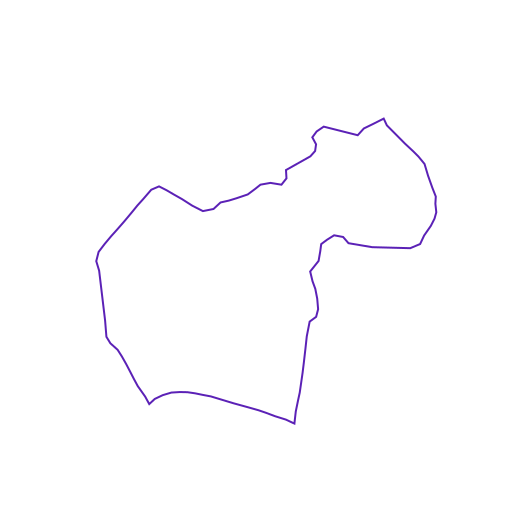 outline of Balneário Piçarras, Santa Catarina, Brazil, rotated 117°
{"feature_id": "56859067B52127181831063", "entity_name": "Balneário Piçarras", "entity_type": "district", "adm_level": 2, "iso_a3": "BRA", "parent_name": "Brazil", "parent_adm1": "Santa Catarina", "projection": "orthographic", "projection_center": [-48.738, -26.761], "detail": "fine", "context": "isolated", "style": "outline", "palette": "violet", "viewbox_px": 512, "rotation_deg": 117, "n_neighbors": 0, "source": "geoboundaries", "source_scale": "gbopen_adm2", "svg_char_len": 1405}
<svg xmlns="http://www.w3.org/2000/svg" viewBox="0 0 512 512"><g transform="rotate(117 256 256)"><path d="M115.1,129.9L106.3,139.2L97.5,147.6L93.6,156.5L91.3,163.6L88.2,174.4L84.2,186.5L80.2,198.7L75.6,204.6L84.9,211.4L93.4,217.8L102.2,220.2L110.0,254.4L117.5,258.5L124.7,259.7L129.2,253.2L135.6,251.0L142.5,252.8L165.8,268.3L173.0,264.1L180.9,265.7L184.3,276.3L190.4,284.4L196.6,287.2L204.9,291.3L213.5,299.7L219.0,305.4L224.4,311.9L233.4,315.2L240.1,323.7L240.1,335.6L238.9,347.8L238.5,357.1L238.0,365.6L238.0,374.0L244.5,379.4L256.3,382.3L264.8,384.6L272.3,386.2L285.0,389.1L296.1,391.9L303.9,394.0L313.9,396.3L323.8,398.1L333.1,396.0L340.3,389.1L382.1,361.1L395.9,352.6L399.9,346.1L402.4,336.7L406.4,329.9L411.3,322.5L416.5,315.2L420.9,309.1L425.6,302.3L431.6,290.9L436.4,283.9L429.3,281.3L422.3,275.9L416.1,269.4L411.8,262.1L408.5,255.3L406.0,247.9L403.9,240.3L401.6,232.5L399.8,222.4L397.4,209.0L394.4,194.4L392.3,183.8L391.2,176.1L390.1,166.3L388.2,155.1L387.9,145.7L376.4,150.0L365.5,153.0L357.9,155.0L339.1,161.4L329.2,165.0L315.8,170.0L304.5,174.3L290.1,178.4L282.9,174.8L275.2,176.5L266.2,182.1L258.4,188.2L252.8,194.2L245.2,200.7L232.0,198.0L222.6,200.9L215.8,203.3L209.3,200.1L202.1,195.8L199.5,187.0L202.6,179.4L195.4,156.5L179.0,122.1L170.8,115.2L161.4,115.5L149.8,113.9L141.7,113.9L135.2,115.2L128.0,119.9L121.4,122.8L115.1,129.9Z" fill="none" stroke="#5b21b6" stroke-width="2"/></g></svg>